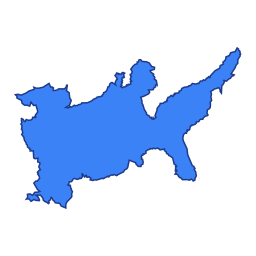 Zacualtipán de Ángeles, Hidalgo, Mexico (Albers equal-area conic projection)
{"feature_id": "50627088B25803309385917", "entity_name": "Zacualtipán de Ángeles", "entity_type": "district", "adm_level": 2, "iso_a3": "MEX", "parent_name": "Mexico", "parent_adm1": "Hidalgo", "projection": "albers", "projection_center": [-98.564, 20.652], "detail": "fine", "context": "isolated", "style": "filled", "palette": "blue", "viewbox_px": 256, "rotation_deg": 0, "n_neighbors": 0, "source": "geoboundaries", "source_scale": "gbopen_adm2", "svg_char_len": 5744}
<svg xmlns="http://www.w3.org/2000/svg" viewBox="0 0 256 256"><path d="M175.1,174.1L177.7,174.5L178.6,176.5L179.8,177.6L180.9,177.9L182.5,179.7L187.5,179.6L189.3,180.2L191.3,179.1L192.8,180.2L193.2,181.0L194.9,180.1L194.9,178.7L196.3,175.8L195.6,171.6L194.2,169.7L195.0,168.3L194.3,167.9L194.0,166.6L192.3,165.6L187.7,154.8L187.0,148.8L183.3,140.8L182.8,138.1L183.6,134.4L185.3,133.0L186.4,133.2L186.3,132.6L187.7,130.9L187.0,130.4L187.5,129.7L188.8,130.1L189.6,129.7L190.4,126.1L191.7,125.8L192.1,124.8L193.3,125.0L195.4,124.1L196.2,123.2L196.2,122.1L198.8,121.6L199.7,119.9L200.8,119.2L202.8,119.3L203.4,117.8L204.8,116.4L207.4,115.6L208.0,115.0L207.0,113.2L207.4,109.8L209.4,108.7L210.2,107.5L210.5,103.8L210.1,102.3L211.6,100.5L210.9,97.0L211.5,93.9L210.6,91.5L213.6,89.8L214.1,89.1L218.8,87.7L220.1,89.6L220.2,91.6L221.4,93.1L221.8,85.8L223.4,84.0L224.6,81.3L223.3,80.2L226.5,81.1L228.6,79.1L230.4,78.3L231.8,76.2L233.4,75.8L234.2,74.9L231.0,73.9L234.8,68.3L236.2,65.0L237.7,63.4L237.9,59.4L240.2,55.9L239.9,54.6L240.6,54.0L239.9,52.5L240.0,51.4L238.7,50.2L238.5,49.0L237.1,48.0L235.2,51.6L230.7,52.7L229.3,55.5L225.9,57.0L225.8,58.8L224.9,60.5L222.9,62.2L223.3,64.2L220.2,65.6L219.8,68.1L215.0,70.8L210.3,75.9L210.2,77.4L209.5,77.6L208.6,76.7L207.4,78.1L206.5,78.2L205.5,79.9L204.5,80.3L203.5,79.8L202.0,81.2L200.4,81.0L198.8,83.5L198.1,83.2L196.0,84.1L192.3,83.5L190.6,85.5L188.6,85.9L188.0,86.7L184.1,87.3L181.7,88.5L181.2,90.3L179.1,91.2L179.3,92.1L178.7,92.9L174.7,93.3L174.4,93.6L174.9,94.4L173.3,95.0L173.6,95.6L172.8,96.6L171.1,95.4L169.4,97.1L168.1,97.3L167.1,99.3L167.3,100.7L166.6,100.5L166.1,101.8L164.8,101.9L163.1,103.3L160.2,103.4L159.9,104.8L157.1,108.4L157.0,110.3L155.1,115.4L155.2,116.6L156.1,117.2L153.8,119.2L153.4,119.1L153.9,118.5L153.5,118.7L153.1,117.7L152.5,118.8L151.6,118.7L151.1,118.0L151.3,117.4L150.3,117.6L149.2,115.9L146.6,114.5L146.5,113.1L144.3,109.4L142.8,104.6L141.9,103.1L142.0,101.0L140.8,97.2L143.7,96.3L148.7,93.8L149.7,92.1L148.5,90.0L153.1,89.7L154.0,87.8L155.6,86.8L155.5,85.0L156.3,84.5L157.1,85.1L156.3,80.2L156.0,81.1L155.9,80.1L154.3,79.1L154.8,77.5L153.2,75.2L153.7,74.2L150.8,72.1L150.1,70.7L154.3,69.4L154.6,67.3L151.7,66.5L149.2,62.9L146.5,61.8L142.0,61.4L140.7,59.7L139.1,59.8L138.2,62.0L137.2,62.0L137.1,63.8L135.0,64.4L132.9,66.3L130.8,69.2L132.1,71.5L131.8,73.3L130.1,74.7L130.8,76.1L131.4,76.3L130.2,79.1L131.6,81.2L130.4,81.4L130.7,84.0L128.8,84.8L128.2,84.3L127.6,85.2L126.9,85.0L127.0,85.6L126.2,85.6L125.7,86.7L122.9,87.1L122.5,87.7L120.6,86.5L121.9,85.4L121.2,84.4L122.0,83.6L121.5,82.1L122.3,82.1L122.0,81.0L122.5,80.3L121.8,79.2L121.8,78.3L124.1,77.5L123.6,76.9L124.1,76.6L123.6,74.2L124.7,73.2L123.0,72.4L121.7,73.1L121.7,73.9L120.0,74.1L119.8,73.7L119.8,74.1L118.7,73.5L118.3,74.3L116.9,72.9L115.0,75.6L116.8,77.9L117.2,79.3L116.6,79.5L115.5,81.7L115.0,83.7L115.5,84.7L112.1,82.5L111.3,82.6L109.9,83.8L109.2,86.5L107.9,86.9L106.8,90.5L104.9,92.2L103.6,92.6L103.5,93.8L102.1,95.3L102.3,95.8L100.8,96.5L97.1,97.1L96.8,97.8L93.3,99.4L91.7,100.9L87.4,102.8L81.8,102.9L81.0,104.1L78.2,104.8L77.5,105.5L75.0,105.7L74.4,105.2L71.9,106.9L70.5,107.1L70.3,106.7L68.5,107.8L65.8,107.5L68.2,105.8L69.2,105.9L71.2,100.6L70.6,99.1L69.8,98.5L69.1,92.6L66.5,90.8L67.3,85.2L66.6,85.2L66.2,87.0L64.5,88.9L58.6,88.9L56.8,90.2L53.3,90.6L53.0,89.3L53.5,88.0L52.2,87.0L50.7,87.1L49.0,83.4L43.2,87.2L38.7,88.2L35.9,88.1L33.9,87.3L34.3,88.7L33.9,89.5L29.4,90.8L26.1,93.0L21.7,94.9L20.9,95.1L18.1,94.3L15.4,94.7L16.9,96.2L17.0,98.1L21.5,100.4L22.1,103.3L24.5,105.2L27.1,105.2L29.7,106.1L31.0,102.2L33.6,105.5L35.9,105.1L37.6,110.7L37.6,112.3L35.5,114.8L35.7,117.5L35.1,117.6L34.6,116.8L34.2,117.4L32.6,117.3L32.4,118.7L31.6,119.7L28.8,120.4L26.2,119.5L25.3,121.4L24.4,121.6L23.2,119.4L20.9,118.2L21.6,119.0L21.4,120.8L21.9,122.6L20.9,124.1L22.0,125.5L21.5,129.3L22.1,129.5L22.7,132.8L21.7,134.5L23.8,137.2L24.4,140.2L26.2,143.1L26.3,144.2L27.4,145.3L27.5,146.9L28.6,148.0L29.6,148.3L29.6,149.2L30.4,149.6L30.1,150.9L33.3,150.9L33.7,157.9L35.1,158.8L37.9,158.2L37.7,161.5L37.9,162.1L39.7,162.7L40.0,163.4L38.8,166.9L40.3,169.8L39.0,170.4L37.4,172.3L38.3,173.4L37.7,174.1L39.2,176.2L39.6,178.2L37.4,181.0L35.7,181.1L33.8,183.1L37.5,189.5L39.8,191.5L37.9,192.1L34.7,192.3L32.6,195.3L30.1,193.9L27.4,194.3L27.7,197.3L26.4,199.1L27.7,198.8L29.4,199.3L31.0,201.3L34.1,199.5L35.8,200.4L39.4,200.6L39.5,199.8L37.8,196.6L36.0,195.2L40.5,195.1L43.0,198.3L43.2,200.0L44.9,201.6L46.5,202.1L48.4,203.6L49.2,202.8L48.7,201.0L50.4,199.9L51.1,197.4L52.0,197.9L53.2,200.5L54.3,201.1L55.3,202.8L59.7,203.4L61.2,206.0L65.8,208.0L65.8,204.5L66.9,201.9L71.4,197.3L71.9,196.2L71.6,194.3L72.4,191.5L71.2,189.6L71.4,189.0L70.7,188.0L70.4,185.8L70.1,185.2L69.2,185.5L67.9,185.0L68.7,184.3L69.2,181.9L71.6,181.6L73.2,179.1L74.5,178.4L77.2,179.4L79.1,178.8L79.7,178.0L80.5,178.5L81.5,178.2L82.3,176.7L82.0,173.3L84.4,176.9L86.0,175.3L86.6,175.9L86.4,177.0L87.8,177.3L88.6,176.7L90.9,178.2L90.1,179.8L92.8,180.5L94.1,179.9L96.7,180.0L102.2,178.3L103.2,178.7L107.8,176.2L108.2,176.9L108.9,176.8L109.9,175.6L111.9,174.9L112.9,175.2L114.3,174.5L116.5,175.6L117.3,175.3L117.7,174.7L123.5,171.9L124.8,169.7L126.7,168.9L127.7,167.4L129.2,160.2L135.7,162.7L135.9,163.9L138.2,166.4L140.9,166.5L141.2,165.0L142.8,164.2L143.2,162.4L142.6,159.4L141.4,159.0L141.7,157.7L141.2,156.9L141.6,155.5L142.8,155.3L143.2,153.9L144.1,154.2L146.0,153.1L145.8,151.3L147.7,149.9L150.0,149.2L150.3,148.5L152.5,148.9L153.2,148.2L155.1,148.7L158.0,148.1L160.1,149.9L164.5,149.0L164.5,150.5L166.2,152.0L166.6,153.5L168.4,154.4L168.8,155.5L169.8,155.8L172.7,158.0L174.1,164.0L176.1,165.3L175.6,166.4L176.4,166.7L175.7,167.5L175.4,170.5L176.4,170.0L176.9,170.8L175.9,171.0L175.9,173.3L175.1,174.1Z" fill="#3b82f6" stroke="#1e3a8a" stroke-width="1.5"/></svg>